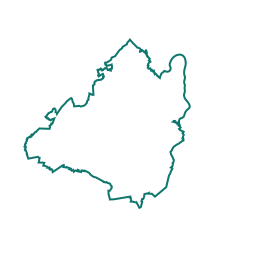 outline of Bronckhorst, Gelderland, Netherlands, rotated 133°
{"feature_id": "6326949B84146286859496", "entity_name": "Bronckhorst", "entity_type": "district", "adm_level": 2, "iso_a3": "NLD", "parent_name": "Netherlands", "parent_adm1": "Gelderland", "projection": "albers", "projection_center": [6.301, 52.053], "detail": "fine", "context": "isolated", "style": "outline", "palette": "teal", "viewbox_px": 256, "rotation_deg": 133, "n_neighbors": 0, "source": "geoboundaries", "source_scale": "gbopen_adm2", "svg_char_len": 5701}
<svg xmlns="http://www.w3.org/2000/svg" viewBox="0 0 256 256"><g transform="rotate(133 128 128)"><path d="M50.9,122.8L49.8,124.2L48.6,125.3L46.9,126.5L42.5,128.9L41.0,130.2L39.6,131.8L38.7,133.1L38.0,134.4L37.8,135.4L37.6,136.6L37.7,137.3L38.2,139.0L38.7,139.9L39.4,140.6L41.5,142.1L43.8,142.8L46.1,143.1L49.0,142.7L52.3,141.4L53.8,140.2L54.7,138.2L55.3,137.5L56.1,136.9L57.0,136.6L58.6,136.7L59.8,137.4L60.7,138.5L61.5,140.4L62.4,140.2L63.7,140.5L65.5,140.7L66.7,140.1L68.1,139.7L69.7,138.8L69.9,141.7L69.7,141.7L69.4,145.0L70.4,145.1L69.8,146.5L68.5,148.1L69.6,148.4L69.2,149.9L70.3,150.1L69.1,152.2L69.3,152.5L70.5,153.1L70.5,154.1L70.2,154.1L70.1,155.0L68.4,155.6L68.7,156.3L67.3,157.0L65.6,157.3L64.2,156.8L64.0,157.3L64.3,158.9L62.5,159.3L62.6,159.8L62.5,160.5L62.6,162.2L62.2,162.1L61.8,164.8L61.6,165.2L61.3,165.1L61.3,165.6L60.3,165.3L58.9,167.6L58.9,167.8L59.1,167.8L60.8,167.1L61.4,167.3L61.5,167.5L61.5,167.8L61.2,169.0L61.5,169.9L61.7,170.1L61.5,170.7L63.4,170.8L64.1,171.3L63.9,171.5L62.9,171.7L62.7,171.9L61.9,172.2L61.7,173.6L62.2,174.8L62.2,175.1L62.8,175.9L62.9,176.3L62.7,177.3L62.5,183.2L62.4,183.7L62.2,185.7L62.1,186.9L63.2,186.7L66.1,186.7L67.7,185.9L71.4,187.1L72.9,187.2L73.6,186.8L74.4,186.8L76.0,187.2L77.2,187.3L84.3,186.4L87.5,187.9L88.4,187.8L89.2,187.0L90.6,187.1L93.9,187.9L94.2,188.0L95.3,189.0L96.5,189.7L96.2,189.2L97.1,187.7L96.6,187.3L97.4,185.7L96.3,185.6L94.0,183.8L92.8,183.3L93.0,183.1L93.6,181.9L95.6,180.3L96.0,180.8L97.5,181.5L97.9,181.4L97.7,180.3L97.8,180.2L97.6,179.8L97.7,179.7L98.9,181.8L99.4,182.5L98.8,183.4L98.7,183.8L99.1,184.8L99.8,185.0L99.9,185.6L100.1,185.7L100.8,185.6L101.9,186.1L102.4,186.1L102.8,185.8L103.3,186.0L103.8,186.4L103.9,186.7L103.2,187.4L103.0,188.3L103.1,188.5L103.7,188.3L104.3,188.7L105.0,188.7L105.4,189.0L105.6,189.6L106.3,189.9L107.9,187.3L107.9,186.6L108.6,186.1L109.9,185.8L110.0,185.5L109.8,185.1L110.1,184.6L105.8,183.5L105.5,183.3L106.9,180.7L107.6,181.2L108.4,180.5L108.4,180.3L108.7,180.1L110.7,180.7L111.1,180.6L111.5,181.1L112.6,181.9L112.7,182.2L113.1,182.3L113.4,182.8L115.0,183.6L115.9,183.4L116.6,183.9L117.5,183.6L118.2,183.2L118.4,182.7L118.7,182.4L119.8,182.3L120.8,182.7L127.3,175.9L128.2,176.8L128.5,178.3L129.1,179.8L130.4,178.7L133.3,177.3L134.3,176.1L135.5,176.4L136.5,176.1L137.5,175.3L140.7,175.1L142.4,175.8L144.4,177.1L145.1,178.8L148.9,182.1L147.2,184.3L146.6,186.3L145.5,187.9L145.0,188.8L144.8,189.5L145.0,189.7L145.0,190.1L149.8,190.9L152.8,190.7L157.8,190.9L166.0,189.6L165.5,190.2L165.6,191.1L165.9,191.7L164.1,193.2L163.7,194.9L163.8,195.1L165.1,195.8L167.7,194.8L168.7,195.1L169.3,195.6L170.2,195.7L170.6,196.0L171.6,196.3L172.0,196.0L173.2,196.2L174.4,195.6L174.9,195.9L176.1,196.0L176.2,195.4L176.0,194.8L176.3,194.0L175.6,193.3L175.7,192.9L175.4,192.8L175.6,191.6L175.3,191.6L175.3,191.2L175.5,191.2L175.0,189.7L173.8,189.7L171.3,188.4L176.0,186.4L176.9,187.1L177.5,186.4L178.0,186.8L178.7,186.5L179.8,186.9L180.4,185.8L182.1,184.8L188.8,192.5L193.2,192.7L193.5,192.5L194.0,192.7L194.2,193.0L195.8,193.1L196.9,192.8L198.1,192.9L198.1,193.8L199.2,194.0L199.4,193.2L200.2,193.3L200.3,192.9L201.3,193.2L201.3,193.9L202.6,194.3L202.7,194.1L203.4,194.3L204.3,194.8L205.4,194.3L205.2,193.9L206.5,193.1L207.2,193.2L209.0,192.6L209.1,192.1L209.9,192.2L210.5,192.0L211.0,191.1L211.3,191.1L211.1,190.8L211.3,190.4L212.1,190.4L211.8,189.6L212.3,189.3L213.9,188.9L214.0,188.3L214.4,188.0L214.0,187.6L214.9,185.6L216.3,183.5L216.5,183.7L218.4,180.0L210.6,174.3L210.6,173.3L210.1,172.3L214.2,169.8L211.1,166.3L210.6,165.5L213.3,164.2L212.3,162.9L212.0,161.8L211.4,160.8L211.4,159.8L211.8,159.7L210.6,158.7L211.3,158.0L210.8,157.7L211.5,156.8L211.0,156.5L211.1,156.3L210.3,155.8L210.1,155.4L210.1,155.1L211.6,153.0L199.9,150.3L199.2,149.9L199.7,149.6L199.5,149.1L200.6,148.6L198.7,145.8L198.3,146.0L196.8,142.3L198.1,142.5L197.3,140.7L197.5,139.9L196.0,139.4L196.9,137.8L194.9,137.4L194.2,135.7L192.9,136.3L192.5,135.1L193.5,134.4L192.2,132.3L190.8,133.1L190.0,132.2L190.3,132.0L190.1,131.8L190.2,131.7L189.9,131.3L188.8,129.9L188.6,130.1L188.2,129.1L187.3,125.9L187.4,124.9L187.7,124.0L187.3,120.1L186.0,117.7L183.7,108.8L184.0,108.7L183.2,107.4L182.1,106.8L182.2,105.5L181.6,104.5L181.5,104.4L181.0,103.1L181.8,101.1L181.7,100.3L182.0,99.8L183.2,99.0L186.4,98.5L186.9,98.8L187.3,99.5L190.0,96.7L190.0,96.4L191.9,93.5L192.0,93.0L192.6,92.5L189.8,89.7L176.5,79.5L177.2,78.5L177.5,78.5L177.4,78.3L178.9,76.2L179.9,75.8L178.7,74.4L176.8,71.0L176.6,71.0L178.6,65.3L178.0,65.0L177.0,64.7L174.3,66.2L172.3,67.1L172.2,67.5L172.5,68.1L170.7,69.1L170.4,69.2L170.0,68.5L169.5,68.4L167.2,69.4L165.2,70.9L163.4,69.8L161.9,68.6L161.5,68.5L162.0,68.1L159.8,65.7L159.8,61.5L145.2,59.7L134.9,65.6L132.4,66.1L130.5,67.0L128.2,67.6L128.3,67.7L128.1,68.1L126.9,68.8L127.4,69.6L125.6,69.5L123.6,70.7L123.2,71.3L122.9,71.0L120.1,72.6L120.1,73.1L118.9,75.5L117.8,78.8L116.4,80.7L114.8,80.6L112.3,81.5L110.3,81.8L109.0,81.4L107.2,81.1L104.1,80.0L102.7,80.0L101.8,79.6L100.6,79.5L99.6,79.0L99.2,79.8L98.6,79.5L97.5,81.1L97.9,81.4L95.6,82.4L95.0,82.5L94.6,84.6L93.7,84.4L92.8,84.7L94.0,88.5L94.0,89.2L93.9,90.0L93.2,89.8L91.8,89.8L91.7,92.2L91.7,92.3L91.4,95.1L91.3,96.0L91.7,97.4L92.6,99.1L92.0,98.9L91.8,98.4L91.4,99.1L90.8,98.4L90.9,98.1L90.8,97.9L91.0,97.5L91.1,96.2L91.0,95.9L90.1,95.4L90.2,94.5L90.9,94.0L91.3,93.1L91.0,91.8L90.7,91.8L90.3,92.9L89.4,94.2L87.7,95.8L87.0,96.1L86.4,96.3L85.2,96.1L83.3,95.2L81.8,95.0L80.8,95.3L78.1,96.6L76.7,97.0L74.5,97.2L72.3,96.8L70.6,97.2L69.6,98.1L69.0,99.3L68.4,101.3L67.7,106.1L67.3,107.1L66.1,109.2L65.1,110.0L62.9,111.1L61.8,111.9L60.4,113.7L57.7,115.8L56.6,117.8L56.0,118.4L55.0,119.1L52.7,120.3L51.9,121.1L50.9,122.8Z" fill="none" stroke="#0f766e" stroke-width="2"/></g></svg>